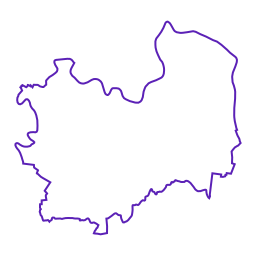 Yen Phong, Bắc Ninh, Vietnam
{"feature_id": "81297802B41688796411548", "entity_name": "Yen Phong", "entity_type": "district", "adm_level": 2, "iso_a3": "VNM", "parent_name": "Vietnam", "parent_adm1": "Bắc Ninh", "projection": "natural_earth1", "projection_center": [105.961, 21.21], "detail": "fine", "context": "isolated", "style": "outline", "palette": "violet", "viewbox_px": 256, "rotation_deg": 0, "n_neighbors": 0, "source": "geoboundaries", "source_scale": "gbopen_adm2", "svg_char_len": 5729}
<svg xmlns="http://www.w3.org/2000/svg" viewBox="0 0 256 256"><path d="M237.1,129.9L236.4,128.2L234.8,121.2L234.3,117.3L234.2,115.3L234.3,107.9L235.1,98.7L235.2,91.8L234.9,89.5L233.9,85.7L232.6,82.2L232.2,77.3L232.2,76.3L232.9,72.5L235.4,66.3L236.7,62.4L236.9,60.9L236.9,59.6L236.6,58.8L236.3,58.0L235.5,57.0L230.0,52.7L227.1,49.8L221.4,44.8L217.0,41.6L213.0,40.1L206.1,36.6L200.2,34.1L195.7,31.8L193.1,31.2L187.2,32.2L182.7,32.8L180.4,32.9L176.6,32.2L174.7,31.1L173.7,29.8L170.9,24.8L169.9,23.3L169.3,22.7L167.8,21.7L167.2,21.7L166.6,21.9L166.0,22.3L165.5,22.9L163.4,27.9L161.3,31.7L159.0,35.0L156.3,38.5L155.7,40.2L155.4,41.5L155.4,44.8L155.6,47.6L156.5,51.3L157.9,54.7L160.2,59.6L162.2,62.0L163.1,64.2L163.6,66.1L164.0,68.1L164.1,70.2L163.8,73.6L163.2,75.4L162.6,76.4L161.6,77.5L159.5,78.6L155.9,80.3L151.2,82.0L148.6,83.3L146.9,85.2L146.1,86.0L145.4,86.9L144.6,88.8L143.6,91.7L142.8,97.1L141.6,100.2L140.6,101.4L139.7,102.0L138.3,102.7L135.3,102.6L129.8,101.1L125.9,99.3L124.0,98.1L122.7,96.1L122.3,95.0L121.6,92.6L121.0,90.9L120.3,90.0L119.6,89.3L118.7,88.6L116.5,88.2L113.0,88.2L112.2,88.5L111.3,89.6L109.6,93.3L108.4,94.7L107.8,95.0L107.3,95.0L106.4,94.6L105.8,94.2L105.3,93.6L104.6,92.0L102.0,83.4L100.9,81.6L99.1,80.1L97.8,79.4L96.5,79.1L95.1,79.0L93.7,79.1L91.7,79.9L87.6,82.3L84.4,83.4L83.1,83.6L81.0,83.3L79.2,82.5L77.4,80.8L74.6,77.7L72.3,75.8L71.4,74.4L70.8,73.3L70.6,72.7L70.5,71.2L70.8,69.6L71.6,67.8L74.3,62.9L73.8,62.5L72.9,61.3L72.0,60.2L71.5,59.7L69.9,58.9L67.3,58.8L56.1,59.9L55.0,60.3L54.4,61.1L54.4,62.7L55.3,65.0L56.7,67.3L57.4,68.5L57.4,70.0L56.9,71.5L55.5,72.9L52.7,75.0L49.3,77.1L46.5,80.1L46.1,80.8L46.2,84.7L45.0,85.6L44.0,86.6L43.5,87.0L42.5,87.0L40.5,86.5L39.7,86.2L38.4,85.2L37.6,84.9L33.7,84.8L32.5,87.3L30.7,85.4L30.3,86.2L28.8,85.2L27.8,85.0L27.5,86.2L26.2,87.2L22.4,85.1L21.5,85.8L21.8,86.3L20.4,87.3L21.0,88.1L21.4,88.9L21.6,89.5L22.1,90.6L18.5,94.7L18.3,95.9L17.4,97.7L17.2,100.2L17.6,102.4L18.7,103.9L20.1,104.3L22.1,103.4L25.7,99.5L27.0,99.2L27.8,99.5L29.0,100.8L29.9,102.8L30.3,105.0L30.9,106.5L32.1,108.4L34.1,110.5L35.2,112.4L36.3,115.4L37.3,120.1L37.5,125.9L37.3,130.4L36.6,131.8L35.4,132.3L33.4,132.1L30.4,132.3L28.4,133.0L27.8,133.9L27.7,134.9L28.2,136.1L29.6,138.3L30.1,138.9L30.8,139.6L33.5,141.3L34.1,142.0L34.3,142.2L34.2,142.8L33.5,143.4L32.8,143.8L31.9,144.2L31.4,144.6L30.5,145.7L30.0,146.0L29.5,146.2L27.1,146.7L24.2,146.6L22.3,146.0L19.7,144.5L18.6,143.6L17.6,143.2L16.9,143.1L15.8,143.6L15.5,144.0L15.4,145.2L16.0,146.8L17.2,148.6L18.5,150.1L19.2,151.2L20.2,153.1L21.7,157.2L22.2,159.0L23.1,161.8L23.2,163.6L33.9,164.9L34.1,167.4L34.3,167.7L37.8,170.1L38.0,170.3L36.8,173.2L37.1,173.6L37.5,173.7L38.0,174.1L40.9,176.8L43.0,178.1L50.3,182.3L44.7,190.8L45.3,191.5L46.7,193.0L47.1,193.5L45.9,195.1L45.8,195.6L45.8,196.3L46.4,199.9L41.7,200.4L41.7,204.2L40.1,204.2L40.0,204.7L40.0,207.8L40.3,208.5L40.8,209.0L40.8,209.3L40.2,209.7L40.0,210.1L40.0,210.9L39.7,211.7L39.8,212.1L40.2,213.1L40.6,214.9L40.8,215.3L41.2,215.6L41.7,216.2L42.1,217.3L42.6,219.0L43.1,220.4L43.3,220.6L43.7,220.7L45.4,220.4L46.0,220.5L46.5,220.4L47.2,220.2L48.0,220.1L48.9,221.1L49.4,221.7L49.9,221.0L51.3,220.2L51.6,219.9L51.8,219.6L51.9,218.5L52.3,217.8L52.6,217.6L53.8,217.6L54.2,217.7L54.5,218.0L54.8,218.4L55.3,218.7L60.2,218.5L61.8,218.9L62.6,218.8L63.0,218.6L65.6,218.1L68.1,218.0L72.7,218.1L74.0,218.4L75.0,218.5L77.3,218.5L78.7,218.7L79.6,218.9L79.8,219.0L79.9,219.3L79.8,220.3L80.0,220.5L82.2,220.1L83.1,220.3L83.9,220.3L85.0,220.1L85.5,219.8L86.2,219.2L87.3,218.5L88.0,218.4L88.7,218.9L89.3,219.8L90.1,221.8L90.7,222.6L91.3,222.8L92.1,222.9L93.3,222.5L94.1,222.5L96.6,223.8L97.2,224.3L98.4,225.1L97.9,226.2L97.6,227.2L97.3,227.8L96.5,228.3L95.8,229.7L94.8,231.0L93.9,233.3L94.8,233.5L97.5,233.7L100.6,234.3L107.0,233.1L107.1,226.2L106.4,218.6L107.9,218.4L108.9,217.8L111.6,215.9L114.1,213.9L114.8,213.5L115.4,213.3L116.1,213.3L117.0,213.9L118.2,214.9L118.8,215.1L120.5,215.3L120.8,215.5L121.1,217.7L121.4,218.9L121.9,220.0L122.8,222.0L123.2,222.4L123.8,222.4L124.5,222.3L124.8,222.0L126.7,221.3L128.2,220.1L129.8,218.1L131.3,216.3L131.8,215.4L132.1,214.1L132.4,212.0L132.6,209.8L132.5,206.0L132.6,205.6L132.7,205.3L133.0,205.1L133.9,205.2L135.1,205.1L135.9,204.6L136.3,204.6L138.0,205.0L138.5,204.8L139.3,204.0L140.6,202.1L141.3,201.3L142.6,200.3L143.6,200.4L144.4,200.6L144.8,200.4L145.1,200.1L145.3,199.3L145.3,197.6L145.4,197.0L145.8,196.6L147.5,196.0L147.9,195.7L148.2,195.4L148.6,194.6L149.8,191.3L150.3,190.4L150.6,189.7L150.9,189.3L151.3,189.1L151.8,189.3L152.1,189.8L152.2,190.7L152.4,191.2L152.7,191.5L154.0,191.9L154.4,192.2L155.2,193.8L155.7,194.2L156.1,194.4L156.5,194.2L156.8,193.7L156.9,192.8L157.1,192.3L157.4,192.1L159.0,191.9L159.6,191.6L161.0,191.8L161.6,191.7L162.5,191.1L163.9,189.8L165.1,188.2L165.8,187.3L166.1,186.5L166.3,185.5L166.9,185.0L167.8,184.8L168.9,184.9L169.6,184.9L170.3,184.6L170.7,184.2L171.3,182.4L171.6,182.1L172.1,182.0L172.4,182.5L172.8,182.5L173.5,182.1L173.8,181.9L174.2,181.4L174.6,181.3L175.0,180.5L175.3,180.3L175.7,180.2L176.1,180.5L176.5,180.5L177.3,180.9L178.6,181.2L179.2,181.3L179.6,181.4L180.4,181.8L181.5,182.0L182.6,182.0L184.5,181.9L185.1,181.2L185.7,180.9L186.8,180.8L188.3,181.3L190.5,183.0L193.6,186.9L195.3,189.4L196.8,190.6L198.0,191.2L200.5,191.1L203.1,190.2L205.2,189.7L206.0,189.9L206.3,190.4L206.4,192.0L206.8,194.2L207.6,196.1L208.4,197.5L209.2,198.2L210.0,196.3L209.8,194.5L212.4,173.3L221.2,174.5L220.9,176.7L222.9,176.9L225.2,176.3L225.4,174.9L226.4,174.9L226.7,173.1L231.0,173.7L234.7,164.2L232.0,163.3L232.2,157.3L231.6,151.5L233.0,149.6L234.9,147.4L237.2,146.0L238.1,145.6L240.6,143.0L239.8,141.2L239.6,140.0L239.3,138.8L237.6,135.7L237.1,134.5L235.7,130.6L237.1,129.9Z" fill="none" stroke="#5b21b6" stroke-width="2"/></svg>